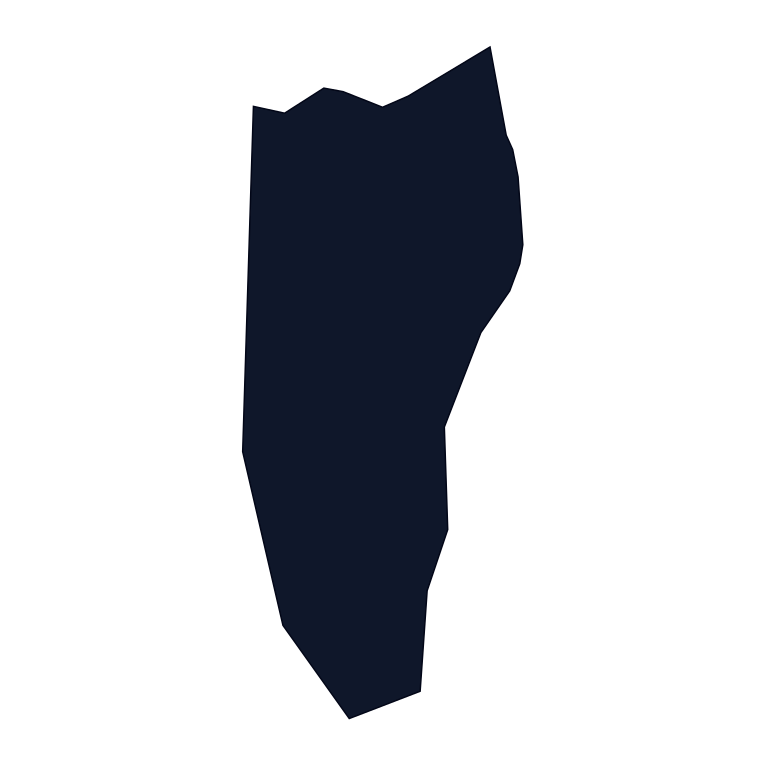 map outline of Hoce-Slivnica (Equal Earth projection), rotated 268°
{"feature_id": "SVN-229", "entity_name": "Hoce-Slivnica", "entity_type": "Municipality", "adm_level": 1, "iso_a3": "SVN", "parent_name": "Slovenia", "parent_adm1": "", "projection": "equal_earth", "projection_center": [15.644, 46.488], "detail": "fine", "context": "isolated", "style": "filled", "palette": "ink", "viewbox_px": 768, "rotation_deg": 268, "n_neighbors": 0, "source": "natural_earth", "source_scale": "10m", "svg_char_len": 433}
<svg xmlns="http://www.w3.org/2000/svg" viewBox="0 0 768 768"><g transform="rotate(268 384 384)"><path d="M321.3,240.4L666.0,263.2L658.1,294.1L681.8,334.2L677.6,353.3L660.6,392.2L670.9,418.3L717.1,501.7L628.4,514.8L613.7,520.8L586.3,525.2L518.3,527.6L499.5,523.9L472.7,512.9L432.0,482.6L338.9,442.8L236.3,442.6L175.9,419.9L75.7,409.4L50.9,337.6L146.3,274.6L321.3,240.4Z" fill="#0f172a" stroke="#020617" stroke-width="1.5"/></g></svg>